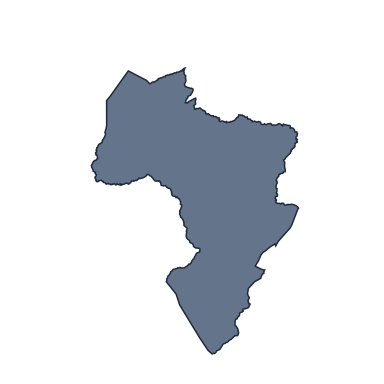 outline of Pusiga, Upper East, Ghana, rotated 219°
{"feature_id": "2480657B9973692574538", "entity_name": "Pusiga", "entity_type": "district", "adm_level": 2, "iso_a3": "GHA", "parent_name": "Ghana", "parent_adm1": "Upper East", "projection": "equal_earth", "projection_center": [-0.091, 11.076], "detail": "fine", "context": "isolated", "style": "filled", "palette": "slate", "viewbox_px": 384, "rotation_deg": 219, "n_neighbors": 0, "source": "geoboundaries", "source_scale": "gbopen_adm2", "svg_char_len": 6079}
<svg xmlns="http://www.w3.org/2000/svg" viewBox="0 0 384 384"><g transform="rotate(219 192 192)"><path d="M317.7,246.0L315.8,214.2L315.9,209.3L300.3,190.1L298.9,187.7L297.1,183.4L295.7,182.8L294.6,180.0L294.0,175.4L293.2,174.1L293.6,172.1L294.2,170.9L294.3,169.5L293.6,167.5L293.9,166.6L293.2,165.5L293.1,164.6L292.5,164.0L292.0,164.1L291.4,163.2L291.7,162.1L291.0,161.2L290.3,161.3L290.1,160.4L289.1,160.7L287.7,159.9L286.4,158.6L286.7,157.9L286.4,157.4L286.7,156.7L286.6,155.8L287.6,155.2L287.7,153.2L286.8,149.1L286.3,149.0L285.7,148.2L282.5,146.8L282.0,146.0L281.3,146.3L280.4,146.1L279.4,146.6L279.1,145.6L278.7,145.3L277.0,145.2L276.6,144.0L276.8,142.5L275.5,141.5L274.3,141.3L273.8,140.3L273.1,140.5L272.3,140.2L271.3,141.3L271.6,141.8L271.4,142.2L269.9,144.0L268.2,143.8L267.6,144.3L267.2,143.9L266.4,143.9L265.6,144.5L263.6,144.1L263.3,145.1L262.7,145.3L262.4,145.9L262.0,145.8L260.8,146.6L260.3,146.3L259.6,146.6L259.0,147.9L258.7,147.7L257.6,149.5L255.7,149.6L255.7,150.2L255.3,150.3L255.5,151.2L254.3,151.2L253.6,151.7L253.0,153.3L251.6,153.2L251.8,152.4L251.4,152.6L250.9,153.4L251.0,154.1L249.7,155.3L248.7,157.5L247.2,158.3L246.5,158.0L246.0,158.7L245.7,160.7L245.5,160.9L245.8,161.5L245.7,162.8L245.0,163.1L244.6,164.1L244.0,163.9L243.0,165.8L242.3,166.0L241.9,167.8L241.9,169.3L241.1,169.4L238.8,172.5L237.9,174.9L237.5,178.1L237.2,178.2L234.9,178.1L233.7,178.5L227.8,177.3L227.3,177.8L226.7,177.8L225.6,179.0L224.9,179.2L224.6,180.1L223.8,180.2L222.7,179.4L222.2,179.5L220.2,177.8L218.3,178.6L216.5,180.3L214.9,179.8L214.2,180.2L213.1,179.9L211.1,180.9L207.9,179.3L207.6,178.6L206.5,178.1L206.1,177.2L205.6,177.0L204.3,176.9L202.0,178.1L201.0,177.5L200.6,177.8L200.6,178.5L200.4,178.8L198.4,178.3L197.1,178.5L194.4,177.0L193.4,175.3L191.7,175.2L191.1,174.5L189.9,171.2L189.7,169.4L188.7,168.5L187.9,167.3L184.9,165.4L183.6,165.4L180.9,164.4L179.2,163.3L177.2,161.0L173.0,160.7L172.6,160.3L171.7,157.9L170.5,157.1L170.0,155.9L168.6,153.9L167.3,153.0L165.9,152.6L163.5,152.7L161.8,151.4L159.7,152.1L157.8,151.8L156.5,150.6L154.0,150.8L150.8,152.9L149.7,152.5L149.4,152.1L149.1,151.0L148.5,150.7L148.5,149.8L149.7,147.9L149.8,147.0L149.0,142.5L148.4,141.3L148.8,140.4L148.7,138.2L148.1,136.4L148.2,134.4L148.9,134.2L149.1,133.7L149.0,132.3L150.3,128.1L152.3,126.3L154.0,125.7L154.5,124.7L155.4,124.2L155.8,122.7L157.9,120.0L157.9,117.8L158.3,116.9L157.4,113.6L157.8,111.4L157.2,110.4L156.9,108.6L155.9,107.5L155.6,106.1L140.1,102.7L130.6,96.5L94.5,83.6L79.7,79.0L74.4,78.8L73.8,80.1L72.8,80.9L72.5,82.5L72.8,83.8L72.6,84.8L71.5,86.6L71.3,87.6L72.1,93.3L71.6,94.6L71.0,95.1L70.8,96.4L69.9,97.7L69.8,99.3L69.5,100.9L68.9,101.9L68.2,107.4L66.3,109.0L66.3,109.6L66.4,110.3L66.8,110.6L67.0,111.8L70.2,114.4L73.0,115.4L74.8,115.5L77.6,119.4L77.8,120.6L77.2,121.9L77.7,122.9L77.4,125.9L78.6,127.5L78.7,128.2L77.4,130.5L77.2,131.8L78.5,132.5L78.6,133.0L76.7,135.4L75.4,137.7L76.3,141.4L77.1,141.1L77.4,141.5L78.3,141.4L79.6,142.4L80.4,143.6L80.5,144.6L81.1,146.1L83.0,146.6L84.9,148.0L87.5,152.5L86.9,161.7L84.3,168.0L85.4,171.3L85.4,173.3L85.0,173.8L85.1,174.3L85.9,175.0L86.5,177.1L87.2,176.5L90.7,175.3L96.2,174.1L97.1,180.5L98.8,186.4L98.8,190.2L97.8,192.7L97.0,197.6L94.9,203.8L93.0,202.8L93.8,207.0L93.9,209.5L93.1,225.6L93.7,229.1L98.9,245.0L99.0,246.4L100.4,246.9L102.5,246.9L105.4,246.0L107.4,244.8L108.3,243.4L109.7,242.7L110.8,240.9L111.7,240.3L113.8,240.7L114.7,240.3L115.3,239.7L115.5,238.5L116.3,238.5L119.1,236.6L120.5,236.7L121.3,238.9L121.7,239.1L122.1,238.5L122.4,239.1L123.4,239.5L124.1,240.6L123.7,241.1L123.7,242.0L123.1,242.4L123.8,243.7L124.1,244.0L125.9,244.3L126.1,245.3L127.9,248.1L129.1,248.1L129.9,248.7L131.3,251.2L131.5,252.8L132.8,253.9L133.3,253.8L134.1,254.4L134.6,256.5L134.6,259.1L135.4,260.5L134.7,261.3L134.6,262.4L133.3,263.6L133.2,264.5L133.6,265.0L133.3,265.7L132.3,266.5L134.1,268.5L135.6,269.5L138.8,273.5L141.0,274.4L140.5,276.0L140.8,278.0L140.0,284.5L140.6,285.1L140.6,286.3L141.1,286.4L141.4,287.3L140.9,288.1L141.2,288.9L140.5,290.7L140.9,291.6L140.6,292.0L142.2,294.1L142.4,295.2L142.2,296.1L141.6,296.3L141.6,297.2L142.0,297.6L142.5,297.4L143.2,298.4L143.3,299.2L143.8,299.1L144.2,298.4L145.5,299.8L145.8,300.5L145.6,301.7L146.9,303.9L147.4,303.8L148.4,304.6L148.9,303.7L149.7,303.6L151.9,304.9L153.9,305.1L155.1,304.5L155.6,303.5L157.2,305.1L157.7,305.2L162.2,302.6L163.6,302.4L163.8,301.9L163.3,301.0L163.3,300.3L165.5,300.5L167.2,300.1L168.1,298.7L168.3,297.4L170.8,295.4L171.0,294.8L171.8,294.2L172.8,294.8L174.4,294.5L176.2,292.3L176.6,291.0L177.2,290.7L178.6,290.7L178.9,289.5L180.2,288.4L181.5,288.3L182.6,289.4L184.0,289.0L184.5,288.8L185.4,287.2L188.0,286.4L189.3,284.6L190.0,285.2L191.1,284.8L192.4,285.2L193.4,284.8L194.1,284.0L194.6,283.8L196.2,285.1L197.4,283.8L200.0,283.8L200.7,283.1L201.4,283.4L202.5,282.3L203.0,282.3L204.3,281.2L203.5,280.2L203.6,279.4L203.3,279.0L204.0,278.0L204.0,274.4L205.9,271.1L206.5,270.9L206.7,269.7L208.4,268.7L208.8,267.7L209.7,268.3L210.1,267.3L213.3,266.2L213.9,265.0L214.9,264.4L215.6,264.3L215.9,265.7L216.3,266.0L217.2,265.7L217.7,266.6L218.5,265.8L221.0,265.6L222.3,264.3L223.3,264.7L225.6,263.1L228.8,263.0L229.7,261.6L230.8,261.6L231.3,262.5L232.9,263.0L233.3,262.6L234.1,262.9L234.8,262.3L236.8,262.2L238.0,262.5L238.8,262.2L239.6,260.8L241.0,259.7L241.8,258.0L244.9,260.3L244.5,262.7L246.7,264.7L247.1,266.3L248.2,267.2L248.8,266.3L251.6,259.9L251.3,258.8L253.3,257.2L254.5,259.9L254.5,262.4L255.3,263.7L254.1,266.4L254.7,270.6L255.9,272.6L257.6,272.4L258.4,271.7L260.7,270.7L263.9,269.7L265.7,271.1L266.5,274.3L267.9,275.9L268.8,276.3L269.9,278.4L270.7,278.3L272.6,278.9L273.3,279.9L274.7,281.0L274.7,282.1L275.4,282.4L275.5,283.8L275.9,283.3L276.4,280.5L275.9,279.6L276.9,279.2L277.7,277.0L279.4,275.3L279.3,274.3L280.4,273.8L281.5,271.4L282.0,271.1L282.2,270.0L283.0,269.9L283.5,268.4L284.4,267.8L285.6,265.9L285.4,265.0L285.7,265.0L286.8,263.3L287.6,261.2L288.4,260.8L289.0,259.1L289.4,259.1L289.5,258.5L289.1,257.2L289.6,256.9L290.2,254.0L292.0,252.5L292.0,251.5L292.8,249.5L297.6,250.1L317.7,246.0Z" fill="#64748b" stroke="#1e293b" stroke-width="1.5"/></g></svg>